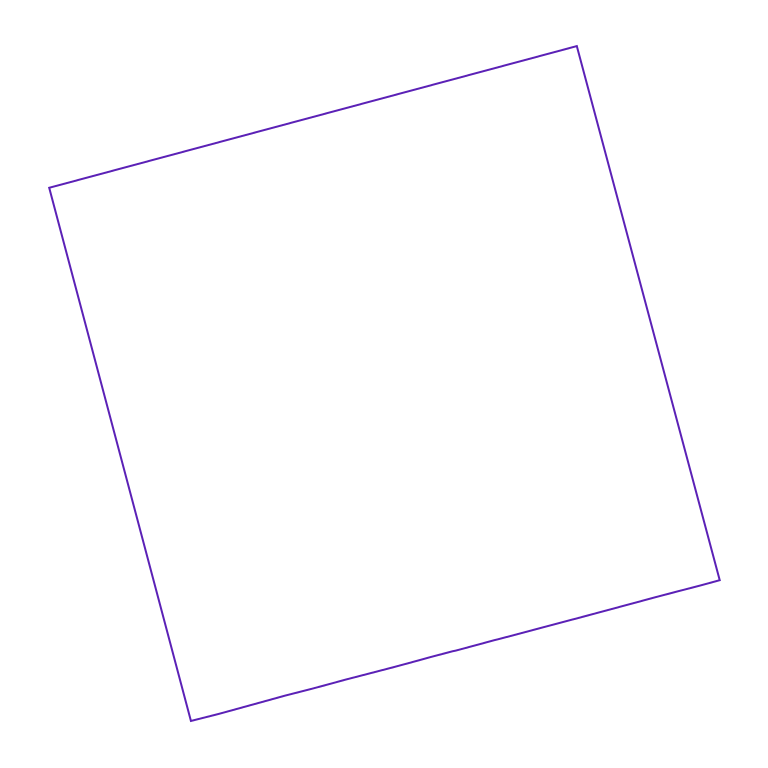 the district of Nuckolls, Nebraska, United States of America, rotated 345°
{"feature_id": "52423323B36699675108240", "entity_name": "Nuckolls", "entity_type": "district", "adm_level": 2, "iso_a3": "USA", "parent_name": "United States of America", "parent_adm1": "Nebraska", "projection": "equal_earth", "projection_center": [-98.046, 40.176], "detail": "fine", "context": "isolated", "style": "outline", "palette": "violet", "viewbox_px": 768, "rotation_deg": 345, "n_neighbors": 0, "source": "geoboundaries", "source_scale": "gbopen_adm2", "svg_char_len": 478}
<svg xmlns="http://www.w3.org/2000/svg" viewBox="0 0 768 768"><g transform="rotate(345 384 384)"><path d="M111.4,107.8L110.3,659.5L117.3,659.6L139.3,659.9L207.7,659.4L224.8,659.6L233.3,659.7L252.0,659.7L269.9,659.6L321.1,660.0L349.7,659.9L358.6,659.8L381.1,659.9L384.2,660.1L424.2,660.0L429.3,660.1L475.3,660.2L524.1,660.3L591.2,660.2L614.0,660.3L637.1,660.5L657.3,660.4L657.5,660.4L657.7,107.5L653.7,107.5L111.4,107.8Z" fill="none" stroke="#5b21b6" stroke-width="2"/></g></svg>